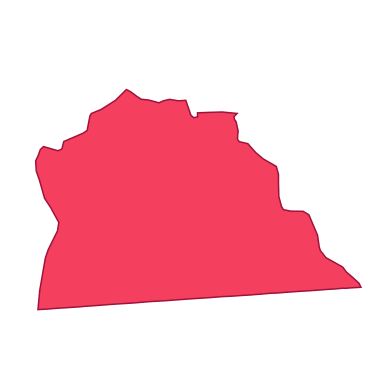 the district of Nara, Koulikoro, Mali, rotated 176°
{"feature_id": "8926073B7074311745372", "entity_name": "Nara", "entity_type": "district", "adm_level": 2, "iso_a3": "MLI", "parent_name": "Mali", "parent_adm1": "Koulikoro", "projection": "equal_earth", "projection_center": [-7.752, 14.805], "detail": "fine", "context": "isolated", "style": "filled", "palette": "rose", "viewbox_px": 384, "rotation_deg": 176, "n_neighbors": 0, "source": "geoboundaries", "source_scale": "gbopen_adm2", "svg_char_len": 1561}
<svg xmlns="http://www.w3.org/2000/svg" viewBox="0 0 384 384"><g transform="rotate(176 192 192)"><path d="M141.5,267.2L156.3,269.7L171.1,270.3L181.0,270.6L181.2,266.6L185.1,266.0L187.7,268.6L191.8,283.9L199.3,283.9L207.9,286.0L214.1,285.0L218.7,283.3L228.9,286.8L236.2,288.1L240.8,291.6L246.1,296.2L250.3,298.8L261.9,288.8L276.9,280.7L287.0,277.3L288.6,274.8L292.3,260.7L296.5,258.3L316.4,251.3L318.8,244.0L322.8,242.5L337.0,247.7L340.4,244.8L342.9,239.1L345.8,233.9L345.9,223.7L343.4,214.6L339.5,196.0L333.9,186.0L327.0,170.9L328.9,162.6L339.5,144.4L342.9,136.4L350.8,104.3L353.8,85.8L353.9,85.4L352.1,85.4L344.6,85.3L333.5,85.4L320.0,85.3L310.8,85.3L307.5,85.4L306.7,85.4L303.4,85.4L301.0,85.4L294.5,85.4L294.2,85.4L284.9,85.5L274.7,85.5L262.3,85.4L260.7,85.4L255.6,85.4L249.4,85.5L243.8,85.6L242.2,85.6L225.6,85.4L207.4,85.5L198.7,85.5L198.3,85.5L183.0,85.4L182.6,85.4L168.2,85.5L160.1,85.3L158.2,85.3L148.3,85.3L141.1,85.2L136.2,85.3L130.9,85.3L130.4,85.3L120.8,85.5L114.9,85.3L101.2,85.4L98.1,85.4L91.4,85.4L91.1,85.4L82.3,85.3L77.6,85.3L72.7,85.3L63.7,85.4L55.7,85.3L52.2,85.4L47.6,85.5L45.6,85.2L40.9,85.3L34.2,85.2L32.1,85.2L30.1,85.2L30.3,85.7L31.7,89.2L37.3,95.2L38.6,96.5L43.6,101.4L46.9,106.6L62.9,117.1L64.9,120.0L68.0,124.5L68.9,128.2L69.8,140.2L77.0,161.1L82.5,165.0L94.7,166.0L102.0,168.0L103.7,171.2L105.7,181.4L105.1,194.7L104.5,203.4L106.1,211.6L118.7,220.1L125.7,226.9L132.9,236.3L141.3,238.9L142.9,241.3L142.4,246.0L141.7,249.6L143.1,259.0L144.5,261.3L144.9,264.1L141.5,267.2Z" fill="#f43f5e" stroke="#9f1239" stroke-width="1.5"/></g></svg>